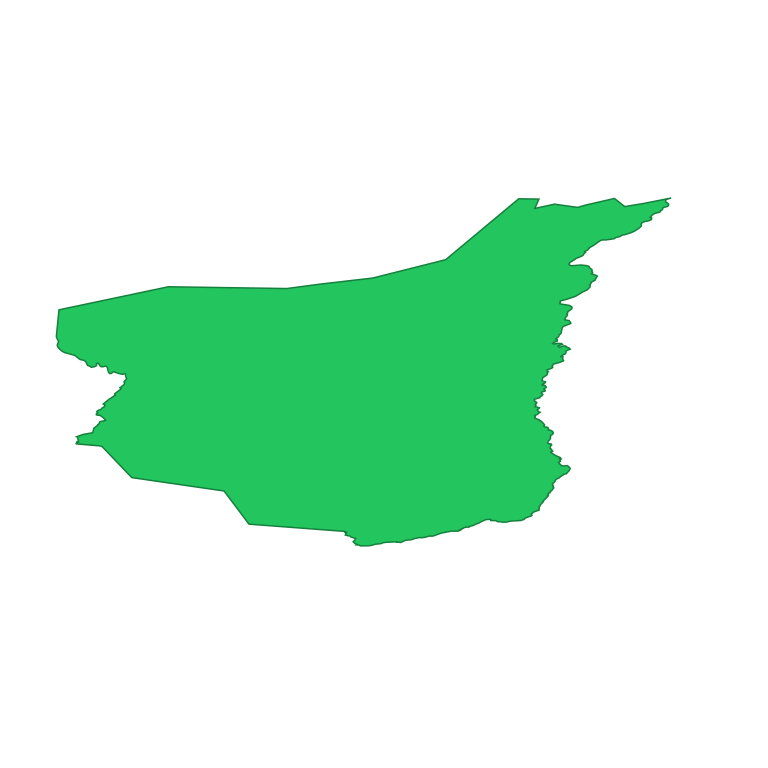 Kárášjohka sme 1, Finnmark, Norway (Equal Earth projection), rotated 350°
{"feature_id": "86288312B66062966513984", "entity_name": "Kárášjohka sme 1", "entity_type": "district", "adm_level": 2, "iso_a3": "NOR", "parent_name": "Norway", "parent_adm1": "Finnmark", "projection": "equal_earth", "projection_center": [25.507, 69.392], "detail": "fine", "context": "isolated", "style": "filled", "palette": "green", "viewbox_px": 768, "rotation_deg": 350, "n_neighbors": 0, "source": "geoboundaries", "source_scale": "gbopen_adm2", "svg_char_len": 6114}
<svg xmlns="http://www.w3.org/2000/svg" viewBox="0 0 768 768"><g transform="rotate(350 384 384)"><path d="M72.4,295.6L74.9,297.6L84.4,302.1L88.8,307.0L92.9,308.8L94.2,310.4L95.3,314.2L97.8,315.7L98.5,316.7L102.0,316.7L103.5,316.3L104.4,315.4L104.1,314.5L105.2,313.7L106.0,313.9L106.8,314.9L107.4,316.8L108.5,317.9L110.0,318.2L113.0,318.0L113.9,318.7L114.4,319.8L114.7,324.8L115.8,326.1L117.1,326.3L119.8,324.9L124.4,327.5L128.1,329.1L130.7,328.8L131.1,329.7L130.9,331.6L131.5,334.0L128.3,336.8L128.7,338.4L127.6,339.6L124.8,341.1L124.4,341.7L123.4,341.8L123.4,342.1L124.3,342.7L124.0,343.3L117.5,346.6L117.0,347.1L117.4,347.6L117.0,348.1L117.3,348.4L117.0,348.6L111.0,351.1L104.0,354.9L104.3,355.4L105.6,356.1L104.6,357.8L102.3,358.7L100.2,360.2L98.5,360.1L96.5,361.1L96.3,361.6L97.0,362.9L95.5,363.6L95.4,364.4L97.0,365.2L98.5,365.5L99.7,366.3L101.1,367.8L103.7,371.2L103.6,371.4L102.8,371.6L98.0,371.8L97.3,372.2L96.5,373.6L95.1,374.3L94.7,375.0L90.6,377.2L88.6,381.4L79.0,381.4L72.1,382.6L73.0,383.2L73.1,387.2L71.5,387.8L71.6,388.1L72.3,388.3L70.5,389.0L70.7,389.6L94.1,395.8L95.6,396.8L119.4,432.4L207.9,461.6L226.7,498.6L319.9,522.4L320.2,522.7L320.0,522.9L321.2,523.4L320.7,523.6L321.2,523.8L321.1,524.2L320.3,524.3L320.5,524.7L319.7,526.1L321.6,526.7L321.7,527.1L323.1,527.3L324.2,528.0L325.1,529.1L329.3,531.2L328.7,532.1L326.2,534.1L327.5,535.6L327.6,536.0L329.5,537.2L328.8,537.6L331.2,538.2L332.6,539.3L334.1,539.6L341.0,540.7L343.1,540.8L347.8,540.3L353.4,540.7L355.2,540.2L358.0,540.2L366.7,541.3L369.1,541.8L368.8,542.0L369.0,542.1L370.6,542.2L373.0,543.0L377.9,541.7L384.3,542.1L387.5,541.5L392.6,541.4L393.8,541.9L398.0,542.1L401.9,541.6L405.7,542.3L414.6,540.8L419.5,540.7L424.8,540.6L431.2,541.8L433.7,541.2L433.3,540.9L435.9,540.2L435.6,540.0L436.2,539.8L439.6,539.2L442.9,539.7L443.4,539.4L443.3,539.2L444.2,539.0L446.9,538.9L450.4,537.9L453.3,537.5L454.1,537.0L459.6,535.5L461.6,535.3L465.3,535.7L465.8,536.3L465.4,536.9L465.6,537.1L470.1,537.9L472.2,539.4L475.6,540.1L476.8,540.7L480.9,541.3L484.9,541.0L494.9,542.2L498.4,541.7L499.6,540.8L502.3,540.0L504.9,539.8L506.4,539.3L506.9,539.0L506.4,537.9L509.1,536.1L514.8,535.1L514.6,534.5L515.2,534.0L515.7,531.6L516.9,530.9L517.2,530.0L520.4,527.6L520.5,527.4L520.2,527.2L520.5,526.9L526.2,522.8L526.7,522.0L525.9,521.6L526.5,520.7L527.3,520.1L528.7,519.9L528.8,519.4L530.6,517.9L531.7,517.4L532.0,516.5L533.1,515.8L532.6,515.1L533.2,514.1L532.5,513.4L532.8,512.8L532.4,511.9L532.7,511.5L534.7,510.3L535.7,509.3L535.9,508.6L538.2,507.3L540.6,506.7L541.5,506.0L546.1,504.0L547.9,504.1L551.6,501.2L552.7,499.6L552.2,498.2L550.4,496.2L548.6,495.9L546.4,496.0L544.3,495.1L544.0,493.9L542.7,492.8L542.8,491.7L542.5,491.5L544.4,490.8L544.0,489.4L545.4,488.7L544.1,488.0L545.0,487.6L544.9,487.1L540.4,484.1L536.3,480.3L536.5,479.9L538.5,479.4L537.8,478.5L537.8,478.0L537.2,476.9L536.7,476.6L536.5,475.9L537.4,473.8L538.4,473.2L538.2,473.0L538.4,472.6L538.1,472.0L535.0,471.1L535.0,470.8L535.6,469.0L537.4,467.8L538.5,466.6L538.5,465.3L539.1,464.7L538.9,464.0L539.2,463.4L541.0,463.0L541.9,462.3L542.1,461.5L541.6,461.3L541.4,460.7L541.9,460.1L540.4,458.7L537.9,457.8L538.3,457.0L537.9,455.4L536.3,454.5L535.0,454.3L534.1,453.5L535.0,452.0L533.3,449.2L531.8,447.4L530.8,446.9L530.6,446.2L527.6,444.5L526.6,443.5L526.5,443.0L527.4,442.4L527.4,442.0L526.8,441.4L527.1,441.1L529.8,440.7L530.7,439.9L532.8,438.9L531.2,437.8L530.4,436.3L530.8,435.7L532.4,435.1L532.9,434.3L528.9,432.7L530.0,431.3L529.5,430.6L529.5,430.0L530.9,429.5L531.2,428.6L529.1,426.8L529.5,426.2L529.4,425.5L530.0,425.1L535.0,424.6L535.0,424.2L535.8,423.6L537.6,423.0L538.6,422.0L537.4,420.3L537.7,419.7L538.6,419.2L540.9,419.1L541.7,418.6L541.7,418.2L540.4,416.8L541.2,416.2L543.0,415.7L543.3,415.3L542.4,413.4L539.7,412.7L539.5,412.4L539.9,411.6L541.4,411.5L541.6,411.1L543.2,410.7L543.4,409.8L541.2,409.0L540.2,407.9L541.5,405.3L545.7,403.6L546.0,403.0L546.7,402.7L546.5,401.6L547.1,400.9L548.0,400.6L547.1,399.6L546.8,398.6L552.2,397.5L553.1,396.8L552.6,396.1L552.9,395.8L552.8,395.4L554.6,393.8L560.4,393.3L564.8,392.4L564.9,391.8L564.1,390.5L565.0,388.5L563.1,388.1L563.1,387.5L564.8,386.9L565.2,386.4L567.8,385.8L568.6,385.0L568.6,383.6L569.9,382.8L573.5,382.0L572.5,380.6L569.9,379.1L569.7,378.9L569.9,378.6L569.0,377.9L567.6,377.7L563.2,378.4L562.7,377.5L562.0,377.2L562.2,376.7L562.7,376.5L566.6,376.0L565.9,375.0L561.9,374.1L558.2,374.1L557.1,373.5L558.4,372.5L562.1,371.8L562.5,370.7L561.9,370.1L560.9,369.9L561.2,369.3L564.2,367.8L564.9,366.2L567.1,365.0L569.5,359.1L571.1,358.3L577.9,357.0L578.6,356.5L577.4,353.7L573.6,352.4L573.4,352.2L573.7,351.7L573.3,351.3L574.4,350.0L576.6,348.2L576.4,346.5L577.4,345.7L577.4,344.8L581.5,342.9L582.0,342.5L582.5,341.2L582.2,340.3L580.0,338.7L571.3,335.7L571.1,335.2L571.9,334.1L571.7,333.2L573.4,332.7L577.9,332.4L587.9,330.9L595.3,328.0L600.4,326.6L603.6,324.5L604.2,323.0L603.6,322.2L605.0,321.3L605.5,320.5L605.4,319.9L609.9,318.4L611.9,315.6L612.8,314.9L612.4,314.2L607.5,311.6L608.8,310.6L608.8,309.9L608.1,309.2L608.7,308.2L608.7,307.5L606.4,304.9L606.4,304.0L605.8,303.4L603.8,302.5L598.6,301.0L589.2,300.1L587.3,299.0L586.8,298.5L586.9,297.9L588.5,296.5L593.9,294.4L594.6,293.8L601.7,292.2L602.9,291.5L603.5,290.3L605.3,289.4L604.6,288.5L604.9,288.3L607.7,287.5L609.6,286.1L609.6,285.6L614.4,283.9L618.1,282.2L618.7,281.6L621.1,280.9L622.1,280.2L624.2,280.1L628.0,280.7L635.8,280.9L637.8,280.0L641.8,279.8L644.2,278.8L647.4,278.7L653.6,277.9L657.1,277.0L661.3,275.3L664.6,273.4L665.1,272.3L665.1,271.0L666.0,270.0L669.3,269.3L673.2,269.2L676.0,268.5L676.4,266.8L675.0,266.1L678.5,263.6L680.8,263.0L685.3,262.7L686.0,262.3L686.5,261.4L688.4,260.7L689.6,258.7L693.6,258.4L694.9,257.9L695.4,257.1L695.5,256.2L694.5,254.9L693.3,254.0L693.1,252.9L693.3,252.1L693.7,251.6L694.7,251.2L699.1,250.7L671.5,251.3L651.9,251.1L643.2,241.3L613.6,242.8L605.4,243.7L583.1,236.5L563.0,237.3L568.7,228.8L548.8,225.0L466.3,272.3L391.3,277.7L339.6,274.6L304.8,273.1L188.6,250.8L76.8,254.5L69.6,280.2L69.6,281.5L70.8,285.1L70.6,286.2L68.9,289.0L69.2,291.0L70.1,292.6L72.4,295.6Z" fill="#22c55e" stroke="#15803d" stroke-width="1.5"/></g></svg>